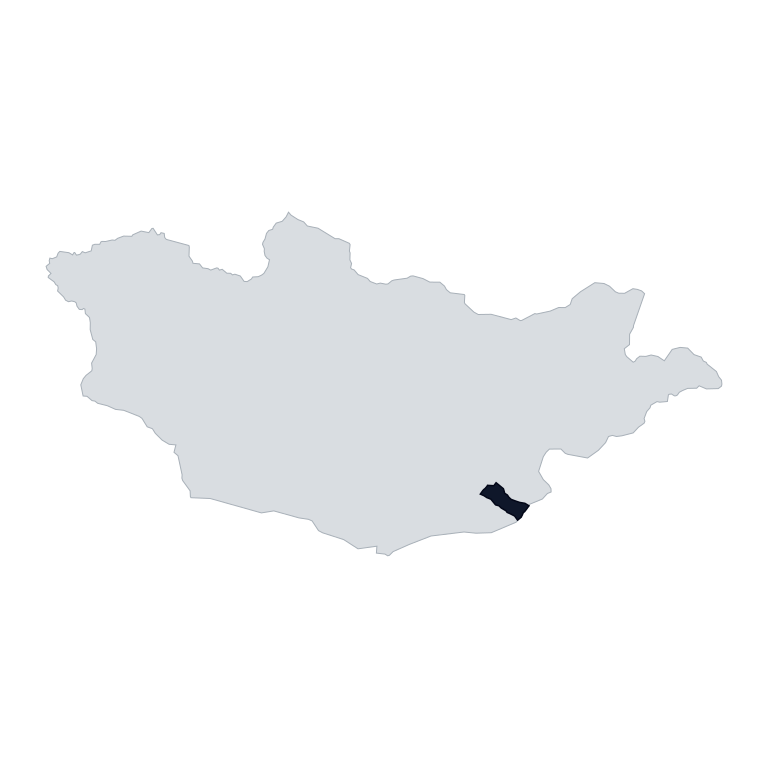 Xo'vsgol, Dornogovi, Mongolia shown in context
{"feature_id": "93677404B21741172653366", "entity_name": "Xo'vsgol", "entity_type": "district", "adm_level": 2, "iso_a3": "MNG", "parent_name": "Mongolia", "parent_adm1": "Dornogovi", "projection": "albers", "projection_center": [110.095, 43.425], "detail": "fine", "context": "in_parent", "style": "filled", "palette": "ink", "viewbox_px": 768, "rotation_deg": 0, "n_neighbors": 0, "source": "geoboundaries", "source_scale": "gbopen_adm2", "svg_char_len": 4405}
<svg xmlns="http://www.w3.org/2000/svg" viewBox="0 0 768 768"><path d="M49.9,258.1L52.3,258.7L56.7,256.9L58.1,253.2L59.8,251.4L68.9,252.7L72.6,254.9L73.9,252.7L74.7,252.5L76.4,255.1L78.6,254.7L80.3,254.1L82.3,251.6L85.2,252.8L91.2,250.9L92.4,245.2L94.8,244.3L99.7,244.3L100.9,241.9L102.0,241.4L105.6,241.5L112.2,240.0L115.0,240.3L117.7,238.3L123.6,236.1L131.8,236.3L132.8,234.8L141.1,231.1L148.8,232.6L151.9,228.5L153.1,228.3L157.4,234.9L159.7,234.6L161.0,232.7L164.2,233.4L164.7,237.5L166.3,239.4L188.9,245.5L189.3,247.0L189.0,256.2L192.4,261.1L193.0,263.3L199.5,263.9L202.6,267.9L208.1,268.7L210.7,270.1L216.7,267.9L218.0,268.2L219.4,270.1L222.2,269.3L226.8,273.2L230.7,273.3L232.4,274.9L234.9,274.2L240.3,276.0L244.1,281.4L247.2,281.6L251.4,279.0L252.7,277.0L258.2,276.7L261.6,275.1L263.9,273.4L267.9,266.8L269.5,259.7L267.0,258.2L265.0,255.5L264.2,251.4L264.4,248.7L262.5,244.3L263.0,242.3L265.0,239.0L266.5,233.4L268.8,230.5L272.6,229.3L273.3,227.1L276.2,223.1L282.2,221.3L286.1,216.9L288.5,212.2L291.0,215.1L297.8,219.5L303.7,221.9L307.3,226.0L318.0,228.2L335.1,238.7L338.9,238.7L349.3,243.3L350.1,244.6L349.4,251.1L350.1,252.9L349.9,259.9L351.6,263.5L350.6,267.7L351.5,269.0L354.1,269.9L358.1,274.6L367.5,278.4L370.2,281.5L376.7,284.0L380.3,283.1L385.9,284.2L388.0,283.9L391.8,280.8L394.1,280.0L407.1,278.2L410.7,276.1L413.1,275.9L423.0,278.6L429.8,282.1L439.9,282.2L444.5,286.1L446.4,289.6L450.2,292.8L464.2,294.5L464.8,295.3L464.4,302.6L465.0,303.8L473.9,312.1L478.2,314.5L491.1,314.3L511.2,319.6L515.9,318.0L520.2,320.6L521.8,320.4L534.8,313.6L536.7,314.0L550.2,311.1L558.7,307.5L565.2,307.6L570.2,304.5L572.2,298.7L580.4,291.8L594.8,282.7L604.0,283.5L609.5,286.2L615.4,291.8L618.7,293.2L624.6,293.3L632.9,288.7L637.4,289.4L641.6,290.9L644.6,293.7L633.5,325.6L633.4,327.4L629.6,334.2L629.5,344.6L624.3,348.7L625.3,354.5L626.7,356.6L633.2,362.2L635.1,361.2L636.7,358.7L639.9,356.2L645.9,356.4L651.1,355.0L657.9,356.5L664.3,360.8L672.2,349.4L680.1,347.4L687.7,348.1L694.0,354.6L701.2,357.1L703.3,361.0L706.3,362.4L707.2,364.2L716.4,371.5L718.7,376.7L721.5,380.2L721.9,384.1L721.5,386.1L718.3,388.6L706.4,388.9L699.1,385.8L696.7,388.2L687.6,388.4L682.6,390.5L679.3,392.3L677.4,395.0L675.9,395.8L674.3,395.8L671.5,394.0L669.1,394.3L668.4,394.8L667.4,401.5L659.7,402.2L657.0,401.6L650.8,405.2L650.0,407.8L646.7,411.6L644.1,418.5L644.9,421.3L644.1,423.2L638.5,427.2L633.2,432.9L621.9,435.8L616.5,436.5L612.4,435.4L608.5,436.5L605.6,442.6L598.4,450.3L587.6,458.0L567.7,454.3L565.2,453.3L560.9,449.0L549.4,449.1L546.2,452.2L543.3,456.7L538.6,471.4L543.3,479.6L548.8,484.9L551.0,488.7L551.1,492.0L547.4,493.5L542.4,499.0L530.0,504.1L516.1,522.2L491.3,532.7L476.0,533.2L464.0,532.0L431.0,536.0L409.4,544.4L393.1,551.6L389.4,555.3L387.7,555.8L385.0,554.1L376.4,553.1L376.9,546.2L358.0,548.8L343.7,539.6L322.6,532.8L318.5,530.6L312.1,520.9L308.4,519.3L299.0,517.9L273.8,510.9L261.4,512.9L210.2,498.5L191.0,497.7L190.4,496.7L190.1,490.8L182.7,480.6L181.9,478.2L182.1,474.8L178.0,455.7L174.0,452.3L175.9,444.9L169.1,444.3L162.1,440.1L155.3,433.3L152.4,428.7L147.2,426.8L142.0,418.4L139.2,416.4L123.7,410.3L115.6,409.4L107.3,405.7L97.7,403.3L94.9,401.1L92.0,400.6L87.0,396.3L83.1,396.0L80.8,384.8L83.3,378.7L86.1,375.3L91.8,370.8L92.2,368.6L91.6,363.1L96.2,354.5L96.6,348.7L95.7,341.8L92.8,339.5L90.2,329.7L90.3,322.6L89.5,317.5L85.4,313.6L84.9,309.1L83.5,308.5L82.2,309.6L79.3,309.4L77.0,306.2L76.2,302.9L74.7,301.7L71.6,301.0L68.5,301.7L65.6,300.2L63.6,296.9L57.6,291.0L58.2,288.0L57.7,285.7L55.8,284.6L54.2,281.9L48.2,277.5L48.4,276.0L51.0,273.4L47.1,269.5L46.1,266.3L49.7,263.4L49.2,260.7L49.9,258.1Z" fill="#d9dde1" stroke="#a8b0b8" stroke-width="1"/><path d="M480.3,494.1L483.3,495.4L484.0,495.7L486.4,497.3L486.8,497.6L487.1,497.7L490.9,499.2L494.1,503.1L494.8,504.0L495.6,504.9L499.0,505.8L501.2,508.0L506.0,510.8L507.1,512.4L509.9,513.6L514.6,516.0L517.6,520.2L518.8,519.2L520.0,518.2L521.3,517.1L521.9,515.7L522.4,514.9L522.6,514.4L522.6,514.0L522.6,513.8L522.7,513.7L522.9,513.4L523.1,513.0L523.7,512.2L523.9,512.1L524.5,511.8L525.5,510.5L526.2,509.6L527.1,508.4L527.7,507.5L528.9,506.0L529.0,505.8L526.9,504.5L524.9,503.3L519.7,502.4L515.8,501.1L511.2,499.4L508.9,497.3L507.4,495.0L504.7,493.3L503.9,490.3L503.4,488.7L496.1,482.7L493.8,485.7L488.7,485.4L487.5,485.3L487.1,486.2L485.0,488.6L483.8,489.5L482.8,490.6L481.8,492.0L480.3,494.1Z" fill="#0f172a" stroke="#020617" stroke-width="1.5"/></svg>